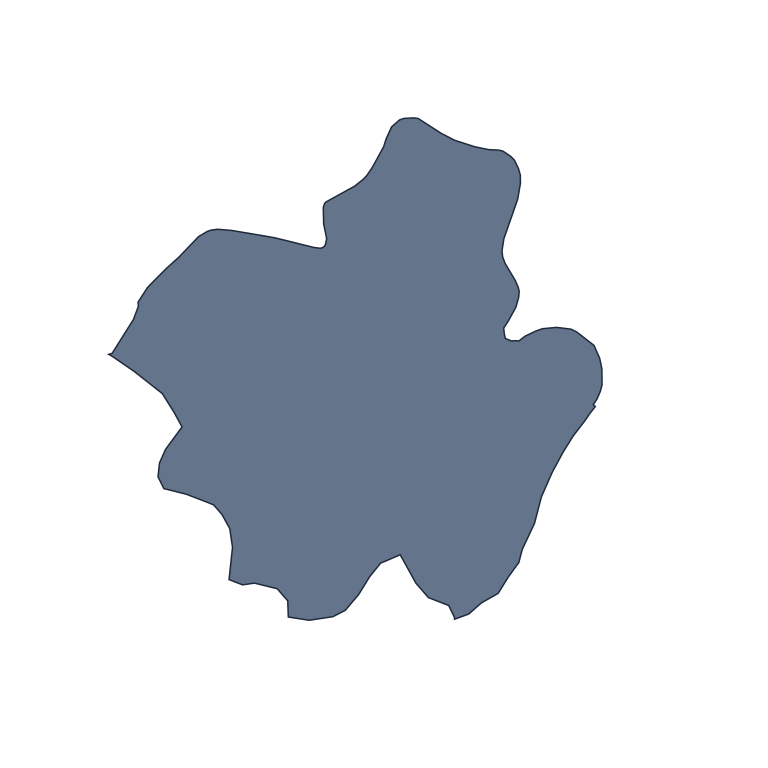 the district of Pyongyang, P'yŏngyang, North Korea, rotated 49°
{"feature_id": "82179303B55999426557094", "entity_name": "Pyongyang", "entity_type": "district", "adm_level": 2, "iso_a3": "PRK", "parent_name": "North Korea", "parent_adm1": "P'yŏngyang", "projection": "albers", "projection_center": [125.792, 39.089], "detail": "fine", "context": "isolated", "style": "filled", "palette": "slate", "viewbox_px": 768, "rotation_deg": 49, "n_neighbors": 0, "source": "geoboundaries", "source_scale": "gbopen_adm2", "svg_char_len": 1766}
<svg xmlns="http://www.w3.org/2000/svg" viewBox="0 0 768 768"><g transform="rotate(49 384 384)"><path d="M181.0,572.3L185.0,570.9L197.8,567.6L210.6,564.3L245.7,557.6L268.0,561.1L274.4,562.5L283.9,564.6L290.0,591.7L296.3,605.2L305.7,615.4L318.5,618.8L337.7,605.4L350.5,598.6L363.4,591.9L376.1,591.9L392.0,595.3L407.9,605.5L430.0,629.3L442.8,622.5L449.3,612.4L468.5,598.9L484.5,598.9L497.1,609.1L513.2,595.5L526.1,575.2L529.4,561.7L526.3,541.4L520.0,521.1L517.0,504.1L523.5,483.8L539.4,487.2L555.3,490.6L574.4,490.6L593.6,480.5L606.3,483.9L607.8,485.1L613.2,471.0L613.1,454.1L616.9,435.2L611.1,416.4L607.2,399.4L599.5,388.1L587.9,361.8L572.4,339.2L560.9,314.7L553.1,294.0L547.3,275.2L543.5,256.3L541.5,248.8L539.6,239.3L538.9,239.5L536.9,239.6L535.0,232.9L531.5,225.6L527.7,220.0L515.5,209.6L506.0,204.3L492.7,200.2L471.3,204.4L465.4,206.8L454.5,216.6L446.2,228.2L443.7,234.5L440.5,246.0L440.0,254.0L438.3,255.6L434.8,259.8L429.2,262.5L424.7,260.1L420.3,256.9L418.0,248.8L412.6,234.1L406.9,225.4L402.8,221.2L398.8,219.1L397.3,218.7L392.0,217.0L372.5,213.5L366.0,211.1L360.9,207.6L353.0,198.2L332.2,161.8L330.9,160.2L321.9,149.2L315.7,144.0L309.7,141.2L300.6,138.7L294.9,139.1L286.2,141.5L282.7,144.0L275.7,151.3L264.3,160.0L246.4,170.8L232.3,176.4L206.1,184.0L202.8,186.8L196.6,194.8L194.9,199.0L194.9,209.5L200.3,221.4L204.6,228.4L209.9,242.6L213.0,251.2L215.4,260.2L215.9,265.5L215.4,276.3L208.6,308.1L208.8,310.5L211.0,314.1L223.7,324.6L236.7,331.9L240.2,336.5L241.0,338.6L240.8,341.0L239.7,343.1L235.0,347.3L201.7,370.7L168.2,398.2L158.2,407.9L154.6,413.2L153.0,417.0L151.1,427.2L153.7,455.5L154.0,471.9L154.7,482.4L155.5,493.2L156.1,499.5L160.9,516.0L164.2,518.4L170.9,530.7L182.5,569.1L181.0,572.3Z" fill="#64748b" stroke="#1e293b" stroke-width="1.5"/></g></svg>